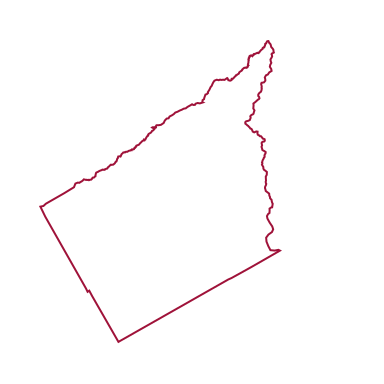 outline of Shasta, California, United States of America, rotated 151°
{"feature_id": "52423323B16590015395010", "entity_name": "Shasta", "entity_type": "district", "adm_level": 2, "iso_a3": "USA", "parent_name": "United States of America", "parent_adm1": "California", "projection": "albers", "projection_center": [-122.484, 40.735], "detail": "fine", "context": "isolated", "style": "outline", "palette": "rose", "viewbox_px": 384, "rotation_deg": 151, "n_neighbors": 0, "source": "geoboundaries", "source_scale": "gbopen_adm2", "svg_char_len": 5898}
<svg xmlns="http://www.w3.org/2000/svg" viewBox="0 0 384 384"><g transform="rotate(151 192 192)"><path d="M304.4,252.9L325.5,252.6L328.7,251.8L331.7,252.7L332.3,241.6L331.5,159.0L331.7,155.3L329.7,155.5L329.8,149.3L329.0,96.6L202.7,97.9L199.3,97.6L175.9,97.6L143.5,98.1L144.4,99.5L148.1,100.7L151.6,103.1L151.5,107.6L150.9,112.5L149.3,116.1L145.8,117.7L141.5,118.2L139.1,120.0L138.5,123.0L138.9,127.5L138.9,132.2L138.1,134.6L136.2,135.8L134.4,136.1L133.2,138.0L132.2,139.9L129.8,140.1L129.3,139.8L127.1,142.6L127.1,143.6L126.8,145.0L126.2,146.7L126.5,147.5L126.7,148.9L126.2,149.7L126.1,151.4L125.3,153.2L127.0,157.1L126.5,158.8L126.3,159.9L126.0,160.5L125.4,161.2L124.1,162.1L123.1,163.1L123.1,163.9L122.6,165.2L121.8,166.0L121.1,167.5L120.0,169.7L118.3,170.8L116.8,173.2L117.5,175.0L118.3,176.7L118.2,177.9L117.5,179.3L117.6,182.0L116.7,182.7L116.4,183.3L116.5,183.8L114.9,185.4L113.9,186.1L113.2,186.4L112.6,187.1L111.6,187.4L111.1,188.1L111.1,188.5L110.1,189.6L109.1,190.0L108.2,191.2L108.8,192.6L109.7,193.9L110.1,194.8L109.7,195.8L109.3,197.8L108.1,198.8L107.4,201.1L106.6,201.6L105.3,201.6L104.7,201.2L103.9,201.3L103.4,201.7L102.9,202.9L103.3,203.5L104.2,204.4L104.3,205.7L104.6,207.3L105.6,207.9L105.8,208.5L105.7,208.8L106.7,210.2L106.4,211.4L105.8,212.4L105.4,213.0L106.4,213.8L108.7,214.0L109.6,215.4L109.4,216.6L109.4,218.4L110.2,219.2L110.3,220.5L110.7,221.8L110.8,222.6L111.2,223.2L111.7,224.8L112.2,225.9L111.6,227.2L110.4,227.6L108.3,227.0L106.6,226.9L104.7,228.5L104.3,230.0L102.6,230.6L101.3,230.4L100.3,230.6L99.2,231.8L97.8,233.1L97.9,235.3L96.1,238.0L95.4,239.6L92.9,240.0L89.6,240.8L88.5,240.8L87.6,241.2L87.2,242.6L87.5,243.9L86.7,245.2L85.0,246.0L83.0,246.3L81.5,247.7L81.1,248.5L80.8,248.7L80.6,249.1L80.6,249.5L79.8,250.6L79.2,252.9L78.8,253.3L78.2,253.8L77.6,253.5L75.8,253.0L73.9,253.8L73.2,255.2L72.8,256.9L70.7,258.2L68.7,258.0L66.4,259.2L65.1,259.2L63.7,259.3L63.1,261.1L63.2,263.8L61.9,265.3L60.0,266.5L59.8,268.0L59.1,269.9L57.5,270.8L56.2,271.7L55.6,273.4L55.6,274.0L54.7,274.4L54.1,274.3L52.8,274.3L52.5,275.6L51.9,276.8L51.9,278.2L52.4,280.4L51.7,283.0L51.8,283.8L52.0,284.1L52.2,284.6L52.0,285.1L52.2,286.8L52.1,287.0L53.1,287.4L54.6,286.6L55.1,286.0L56.1,286.1L56.6,285.4L57.2,284.6L57.9,284.3L58.2,283.8L58.9,283.5L59.3,283.8L60.3,283.7L60.7,283.0L63.0,282.6L63.4,282.4L64.4,282.1L64.7,281.9L65.0,281.9L65.4,281.5L66.1,281.5L66.5,281.2L67.0,281.5L67.4,282.1L67.6,282.1L69.7,282.2L70.0,282.3L70.4,282.2L70.6,282.3L70.7,282.6L70.9,282.7L71.1,282.7L71.3,282.4L71.3,282.2L71.8,282.2L71.9,281.9L72.3,281.8L72.6,281.9L73.3,281.6L73.4,282.2L74.0,282.4L73.9,282.7L74.6,283.0L74.8,283.0L74.9,282.8L75.7,283.0L75.9,282.8L75.8,282.7L76.1,282.4L76.1,282.2L76.4,282.1L76.7,282.2L76.9,282.0L76.9,281.8L77.3,281.7L77.4,281.1L77.6,280.9L77.9,280.7L78.0,281.0L78.3,280.8L78.3,280.6L78.4,280.4L78.5,280.2L78.4,280.0L78.5,279.8L78.6,279.5L78.8,279.3L79.1,279.2L79.8,278.0L80.4,277.3L80.7,277.1L80.9,276.6L81.5,276.1L81.5,275.8L81.4,275.5L81.6,275.5L81.8,275.6L82.0,275.3L82.0,275.1L82.3,274.9L82.4,274.6L82.6,274.6L83.0,274.3L83.2,274.2L83.4,274.2L83.6,274.5L84.1,274.5L84.3,274.3L84.6,274.5L84.7,274.8L85.1,275.0L85.7,275.0L86.1,275.3L87.0,275.2L87.6,275.0L88.6,274.8L88.9,274.4L89.3,274.2L89.5,274.3L90.0,274.0L91.1,274.0L92.8,273.7L93.3,273.1L93.8,272.8L95.5,272.8L96.1,272.6L97.0,272.8L97.4,272.6L97.7,272.2L98.9,272.1L99.7,271.7L101.5,271.2L101.8,271.3L102.1,271.7L102.4,271.8L102.7,271.5L102.6,271.3L102.8,270.9L103.4,270.7L104.8,270.9L105.2,271.5L106.0,272.1L105.9,272.9L105.9,273.7L105.8,274.1L106.0,274.6L106.4,274.6L107.7,274.4L108.4,274.4L108.8,274.3L109.5,274.4L110.1,275.0L112.2,275.9L113.0,276.7L114.4,276.8L115.9,278.2L118.4,278.5L120.2,277.6L121.8,276.5L123.3,275.3L124.9,274.7L127.2,273.0L129.8,271.6L130.0,270.8L131.6,270.4L133.0,270.7L135.8,268.2L136.4,267.4L138.2,267.2L139.5,265.5L139.2,265.1L142.2,265.7L143.9,267.1L146.1,267.5L147.2,266.8L148.7,267.5L149.4,268.7L151.3,268.6L154.7,268.6L156.9,268.2L158.9,268.9L161.0,268.9L163.3,269.2L165.7,269.2L168.1,269.6L170.0,269.0L172.0,268.8L175.0,268.9L176.8,267.8L178.5,268.5L181.1,267.7L183.3,266.1L186.6,265.8L188.8,266.6L190.7,267.6L191.8,267.0L192.2,265.9L192.8,265.9L193.1,266.7L195.1,267.7L195.6,267.7L195.4,267.3L194.8,266.7L194.0,266.7L193.7,265.9L194.1,265.4L196.1,264.7L197.3,264.8L197.9,264.4L199.0,263.9L200.3,263.8L201.8,263.8L202.8,263.2L202.8,262.8L203.3,262.5L203.6,262.7L205.0,262.1L206.0,261.5L207.5,260.4L207.8,260.5L208.4,261.1L208.8,260.4L209.0,260.6L209.1,260.9L210.0,260.6L211.0,260.6L212.9,260.0L213.9,259.8L214.7,259.4L215.7,259.1L217.2,259.4L218.3,259.5L218.7,259.2L218.8,258.8L220.4,258.2L220.7,258.6L221.4,258.2L222.0,257.6L222.6,257.7L223.4,258.0L223.7,258.4L224.2,258.3L224.6,257.8L224.9,258.0L225.4,258.3L226.0,258.2L226.3,258.4L227.6,258.7L228.9,258.5L229.6,258.8L230.1,259.2L230.8,259.2L231.4,259.4L231.6,259.2L232.2,259.6L233.0,259.9L233.9,259.5L235.1,259.3L235.8,258.9L236.3,258.3L237.3,257.7L237.5,258.0L237.9,258.3L238.7,258.6L239.2,258.5L239.4,258.7L240.0,258.2L240.4,257.6L240.8,257.4L241.1,257.4L241.5,257.1L242.8,255.7L243.4,255.3L244.0,255.5L245.0,254.9L245.6,254.5L246.2,254.4L246.6,254.3L247.0,254.3L247.5,254.1L248.2,254.4L249.2,254.7L249.6,255.2L250.9,255.0L252.3,254.5L253.4,254.4L254.5,253.7L254.8,253.6L255.1,253.8L257.4,254.1L257.6,253.8L257.9,253.9L258.2,254.0L259.3,254.9L259.6,254.9L259.7,255.0L260.3,254.9L261.8,255.2L263.7,255.3L264.5,255.2L266.2,255.4L266.8,255.1L267.1,254.7L267.6,254.3L267.9,253.8L268.2,253.5L268.5,253.0L268.8,252.6L269.2,252.7L270.5,252.2L271.1,252.3L271.4,252.5L271.9,252.7L272.6,252.4L273.1,252.0L274.2,251.7L275.3,252.2L275.8,252.2L276.1,252.2L276.4,252.3L276.4,252.6L276.7,252.9L277.8,253.3L278.2,253.6L278.4,253.9L278.7,254.0L278.9,254.0L279.6,254.7L280.5,255.5L281.9,255.0L282.6,254.9L283.7,254.7L284.5,254.9L285.9,254.6L287.4,255.6L289.9,255.9L292.9,253.4L304.4,252.9Z" fill="none" stroke="#9f1239" stroke-width="2"/></g></svg>